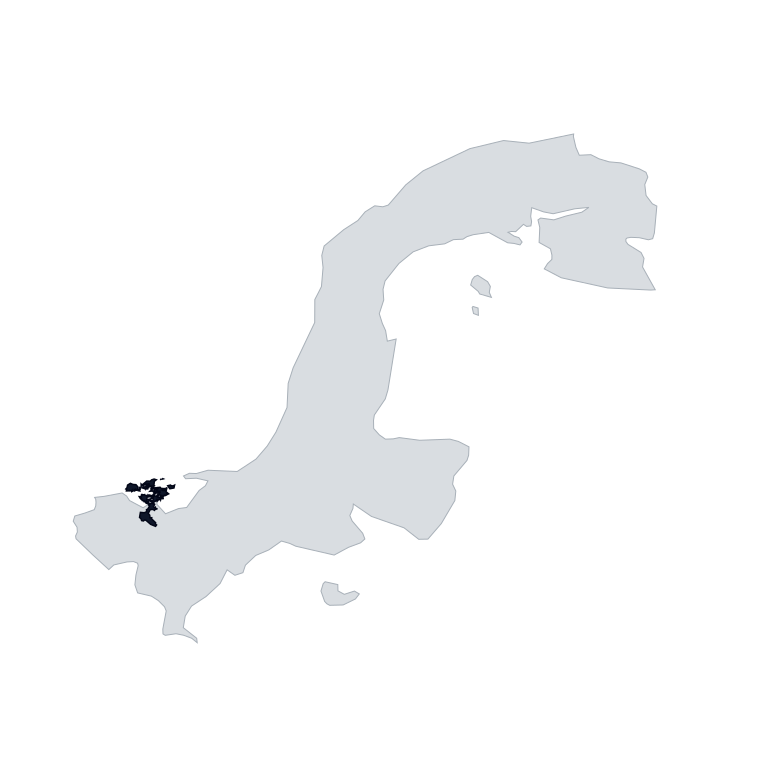 Bocas del Toro, Bocas del Toro, Panama shown in context, rotated 313°
{"feature_id": "35544464B73365109430870", "entity_name": "Bocas del Toro", "entity_type": "district", "adm_level": 2, "iso_a3": "PAN", "parent_name": "Panama", "parent_adm1": "Bocas del Toro", "projection": "orthographic", "projection_center": [-82.201, 9.231], "detail": "fine", "context": "in_parent", "style": "filled", "palette": "ink", "viewbox_px": 768, "rotation_deg": 313, "n_neighbors": 0, "source": "geoboundaries", "source_scale": "gbopen_adm2", "svg_char_len": 9156}
<svg xmlns="http://www.w3.org/2000/svg" viewBox="0 0 768 768"><g transform="rotate(313 384 384)"><path d="M696.2,352.2L694.1,353.8L687.9,363.0L684.5,370.8L692.8,378.9L695.3,387.6L700.0,397.1L707.3,406.5L715.5,424.1L717.5,431.2L715.3,435.8L707.7,438.7L700.6,447.1L698.8,457.3L700.2,462.2L678.9,478.7L673.5,481.4L669.8,479.0L665.1,470.9L659.6,464.5L656.6,462.2L654.9,462.1L653.2,463.7L652.5,467.2L655.5,482.3L653.2,488.5L645.9,493.3L637.9,518.1L634.6,515.0L606.8,482.1L582.6,441.2L577.5,422.7L583.6,421.5L589.6,421.8L592.8,418.9L596.4,413.5L593.3,400.9L604.7,391.2L609.0,384.7L612.2,385.4L619.9,396.3L630.9,402.5L644.5,411.5L652.9,413.4L642.2,404.0L623.9,391.6L618.7,383.3L613.7,371.8L606.7,376.9L603.4,381.2L599.8,383.6L596.5,380.8L595.9,377.1L585.2,376.4L582.4,373.1L579.5,371.2L580.9,378.4L583.0,382.8L582.0,388.2L578.5,388.6L575.4,383.1L571.6,378.1L566.3,357.2L554.0,347.4L548.4,344.2L543.8,343.0L536.9,336.3L527.9,332.8L515.6,322.5L500.6,315.2L482.3,312.7L460.1,314.5L452.6,318.7L447.6,324.0L445.3,326.5L432.2,332.6L427.2,341.4L424.1,348.8L417.6,357.2L425.2,362.2L382.4,390.9L374.0,395.1L354.7,398.1L350.3,401.1L344.4,406.8L343.6,415.3L344.6,422.6L350.2,428.2L355.2,431.7L367.2,448.5L388.6,469.8L392.7,477.5L396.0,489.0L389.6,494.5L384.7,496.8L364.4,497.8L357.5,502.5L354.7,509.5L347.1,515.3L321.0,521.1L300.5,521.9L294.1,515.3L292.5,496.8L278.6,465.2L275.3,443.4L271.9,446.1L264.5,448.7L262.1,454.1L260.3,470.2L257.6,475.7L251.9,475.2L240.3,469.4L224.9,464.2L205.2,430.1L203.1,423.7L199.2,416.1L184.1,412.9L171.1,407.1L157.0,406.2L149.8,409.5L142.4,405.4L141.1,396.0L126.3,400.2L107.3,398.8L90.3,394.7L78.7,396.9L68.9,403.4L70.3,420.4L67.4,423.8L66.9,416.8L63.6,408.8L59.5,402.2L51.0,395.4L50.5,392.8L53.9,389.4L69.5,379.5L71.4,375.4L71.7,366.7L70.2,358.5L63.2,346.3L67.2,338.8L75.2,332.8L83.5,328.1L84.9,326.0L83.3,321.9L78.6,317.4L67.4,309.8L60.6,309.3L60.4,287.5L60.8,264.3L62.5,262.1L66.6,260.7L69.9,257.2L71.7,250.3L76.6,247.9L85.5,253.2L94.5,257.8L98.3,256.3L101.1,254.0L103.1,251.8L103.7,249.7L110.9,255.9L125.7,266.8L126.5,272.2L125.2,277.4L129.2,292.2L136.9,294.3L144.6,291.5L146.5,294.2L145.1,296.9L141.1,300.0L140.1,312.7L152.8,318.7L159.1,323.9L180.1,321.4L187.8,322.8L193.1,321.3L187.2,311.1L179.4,303.5L180.0,300.1L186.0,302.6L190.5,307.8L200.9,314.1L219.9,336.3L241.8,341.6L259.0,340.9L275.1,337.8L300.7,329.1L319.1,313.5L333.9,306.5L381.7,291.4L398.6,275.8L405.8,273.8L412.6,271.8L427.6,260.0L435.6,250.8L444.1,246.1L469.4,249.3L485.8,253.4L497.1,252.8L508.0,255.7L512.8,262.3L517.8,265.1L544.5,264.1L566.5,267.2L614.7,286.3L643.6,305.4L659.1,325.9L696.2,352.2ZM213.6,509.1L207.3,509.7L194.5,504.8L185.1,495.2L184.3,492.1L184.5,488.9L189.6,479.1L196.5,475.7L199.2,475.8L205.8,487.0L201.3,491.4L203.1,498.4L212.4,503.6L213.6,509.1ZM522.8,398.5L520.6,403.5L515.1,392.6L516.0,389.8L515.5,379.9L520.6,377.3L524.3,377.0L527.4,378.4L529.5,390.0L527.9,395.2L522.8,398.5ZM141.3,272.3L140.1,277.7L131.3,268.0L136.5,266.4L138.4,266.6L141.3,272.3ZM503.7,401.0L498.6,406.2L496.6,401.4L500.1,396.3L501.4,396.2L503.7,401.0Z" fill="#d9dde1" stroke="#a8b0b8" stroke-width="1"/><path d="M135.0,294.0L134.8,295.8L131.4,296.5L130.1,296.0L128.8,297.5L126.4,296.5L124.0,293.4L119.7,296.2L119.7,298.3L118.8,299.9L119.8,301.5L121.2,301.6L122.0,302.8L122.2,309.0L124.1,314.0L125.8,313.8L125.6,312.4L126.8,311.6L126.9,305.9L127.8,305.3L126.6,304.1L128.3,302.1L128.5,299.8L132.8,298.7L134.6,300.5L135.1,302.3L135.7,302.0L138.4,303.4L137.2,302.4L138.0,300.8L137.1,300.7L136.9,299.9L137.1,299.0L139.0,298.5L138.9,296.8L141.3,296.2L143.4,297.2L144.7,296.6L144.9,298.0L145.7,297.7L146.8,299.4L147.1,299.0L146.9,299.5L148.6,298.3L148.0,297.4L148.5,296.9L147.7,297.2L147.5,296.0L146.9,295.9L147.4,294.3L148.4,293.6L147.2,294.1L147.1,293.6L147.1,294.6L146.6,294.7L145.9,292.6L144.6,292.5L145.4,291.1L144.4,290.9L144.8,291.9L144.2,291.5L144.0,292.3L144.0,291.6L143.6,291.8L143.2,290.9L143.8,290.1L143.6,289.7L143.5,290.4L141.9,291.3L141.8,292.3L142.8,293.4L141.9,294.4L140.8,294.5L140.0,293.6L140.0,291.5L139.3,291.1L139.7,293.1L139.5,293.3L139.1,292.6L138.8,292.7L139.6,294.8L138.4,295.6L137.4,294.8L136.1,294.9L135.9,293.9L136.5,294.1L136.8,292.9L134.8,290.2L134.6,291.6L135.9,293.1L135.0,294.0ZM138.4,266.3L135.2,265.4L132.9,266.8L131.1,266.8L131.3,267.8L130.1,268.5L132.1,270.5L132.6,269.9L132.4,270.9L133.6,271.8L133.3,272.6L134.5,272.3L133.9,273.1L135.2,273.6L135.6,274.4L136.6,273.3L137.1,274.1L136.3,274.6L137.1,274.4L136.8,274.8L138.2,276.1L138.0,274.7L139.2,276.5L138.4,277.1L139.2,278.3L139.7,277.2L140.5,277.6L140.8,277.1L138.9,275.6L140.8,274.3L141.2,271.2L139.2,268.8L138.4,266.3ZM153.0,289.5L151.8,289.6L151.8,290.9L150.9,291.4L152.0,292.5L151.7,293.1L152.8,293.2L152.0,294.3L150.9,293.5L150.5,294.8L150.5,294.2L149.9,294.2L150.7,297.5L149.6,297.6L150.6,298.7L150.5,299.2L151.8,298.6L153.2,300.1L154.4,300.6L155.2,300.0L155.2,300.8L156.8,301.4L156.6,297.9L157.8,297.3L157.2,297.0L157.7,296.4L157.9,296.9L158.7,296.1L158.4,295.4L156.7,295.9L156.9,295.2L155.6,295.4L155.2,294.8L156.4,294.5L155.0,294.5L154.9,293.7L156.3,294.2L156.9,293.7L155.6,292.1L155.8,290.7L154.6,289.7L153.6,290.2L153.0,289.5ZM146.2,276.1L145.2,275.4L145.2,274.6L143.5,276.3L144.2,276.2L145.0,277.4L147.3,277.1L147.2,277.8L147.8,277.5L147.3,277.8L148.0,277.7L150.8,280.5L150.1,281.0L148.6,280.4L148.3,280.6L149.4,281.7L149.5,282.1L150.0,281.9L150.1,283.7L151.0,283.8L149.7,286.4L151.1,287.7L152.3,287.7L151.3,286.8L151.3,285.8L152.7,285.3L152.8,284.3L153.8,284.2L156.2,282.4L158.7,282.8L157.7,280.7L155.4,279.4L153.5,279.4L151.2,276.7L146.2,276.1ZM135.5,282.8L134.7,281.8L134.1,283.8L134.1,285.1L134.7,285.3L133.9,286.6L134.4,287.6L135.9,287.9L134.6,288.1L134.3,288.8L136.1,290.1L135.4,290.4L135.9,291.0L137.5,291.8L138.9,291.6L139.1,290.8L138.3,289.5L137.4,289.3L139.3,288.0L140.7,288.4L140.5,287.4L141.1,286.9L140.3,286.7L140.2,285.3L140.2,286.1L138.1,282.2L137.3,282.3L137.2,283.3L136.0,282.9L135.4,283.9L134.9,283.6L135.5,282.8ZM164.5,296.8L162.1,295.2L161.3,298.8L164.7,301.3L167.2,299.8L165.6,299.2L164.5,297.8L164.5,296.8ZM143.1,278.0L144.0,279.8L144.9,279.9L144.3,280.0L144.3,280.8L144.8,280.2L145.3,281.0L145.8,280.4L145.6,281.1L146.8,281.3L146.9,280.9L148.5,281.9L148.2,280.9L147.6,280.8L147.8,280.1L143.1,278.0ZM150.1,298.3L149.2,298.5L149.1,299.4L148.1,299.2L149.9,301.1L149.6,300.1L150.5,299.6L150.1,298.3ZM140.9,277.1L141.8,276.8L142.0,275.3L140.9,277.1ZM141.3,287.2L140.6,287.4L141.0,289.0L141.7,288.6L140.9,287.8L141.3,287.2ZM153.8,289.0L153.0,289.3L153.5,290.0L154.2,289.7L153.8,289.0ZM151.5,293.0L151.2,292.1L151.0,292.6L150.2,292.8L151.5,293.0ZM158.8,295.7L158.8,296.2L159.8,296.2L159.7,295.8L158.8,295.7ZM148.1,285.6L146.9,286.3L146.2,286.2L147.1,287.0L146.9,286.4L147.5,286.7L147.1,286.3L147.8,286.4L148.1,285.6ZM144.6,290.7L143.6,290.8L143.6,291.6L144.6,290.7ZM142.7,288.3L142.4,289.2L143.3,289.2L142.7,288.3ZM150.9,288.4L149.9,288.2L149.7,288.7L150.9,288.4ZM145.7,281.2L145.8,281.8L146.4,282.2L146.9,281.9L145.7,281.2ZM148.8,294.2L148.3,294.6L149.4,295.2L149.4,294.8L148.8,294.2ZM164.1,287.3L163.9,286.7L163.3,286.7L163.4,286.9L164.1,287.3ZM147.2,290.6L146.2,290.5L145.9,290.9L146.7,291.1L147.2,290.6ZM142.1,288.9L141.8,288.3L141.8,288.9L142.1,288.9ZM144.4,298.0L144.1,297.4L143.7,298.0L144.4,298.0ZM148.7,291.3L148.7,290.8L148.2,291.4L148.7,291.3ZM149.3,282.1L149.0,281.3L148.8,281.1L149.3,282.1ZM142.0,287.8L141.5,287.5L141.2,287.9L141.5,288.1L142.0,287.8ZM150.1,290.3L149.7,289.8L149.8,290.5L150.1,290.3ZM151.4,290.8L151.1,290.3L151.0,290.9L151.4,290.8ZM146.2,282.2L145.6,281.7L146.1,282.4L146.2,282.2ZM142.9,290.1L142.8,289.4L142.6,289.5L142.9,290.1ZM162.2,285.8L161.3,285.5L162.2,285.9L162.2,285.8ZM145.6,282.6L145.4,282.2L145.0,282.1L145.6,282.6ZM149.3,292.4L149.6,292.0L149.3,292.0L149.3,292.4ZM148.7,281.4L148.4,281.2L148.7,281.7L148.7,281.4ZM157.4,294.9L157.6,294.7L157.4,294.6L157.4,294.9ZM148.8,288.5L148.2,288.6L148.6,288.7L148.8,288.5ZM150.0,297.1L150.1,296.7L149.6,296.9L150.0,297.1ZM156.6,294.9L156.9,294.8L156.8,294.5L156.6,294.9ZM150.8,291.1L150.4,290.9L150.8,291.3L150.8,291.1ZM149.5,286.1L149.0,286.3L149.6,286.3L149.5,286.1ZM147.5,291.1L148.1,291.0L147.9,290.7L147.5,291.1ZM148.3,289.3L147.8,289.0L147.8,289.4L148.3,289.3ZM139.6,297.8L139.6,297.6L139.2,297.6L139.6,297.8ZM149.6,279.4L149.0,279.2L149.4,279.8L149.6,279.4ZM149.5,285.3L149.1,285.2L149.1,285.4L149.5,285.3ZM140.5,291.5L140.2,291.3L140.3,291.6L140.5,291.5ZM150.0,284.9L149.9,284.7L149.6,284.9L150.0,284.9ZM152.4,288.3L152.2,288.1L152.0,288.3L152.4,288.3ZM153.0,285.4L153.0,285.1L152.8,285.3L153.0,285.4ZM148.9,286.2L148.7,285.9L148.7,286.4L148.9,286.2ZM142.3,289.3L142.0,289.2L142.1,289.4L142.3,289.3ZM147.6,282.3L147.6,282.0L147.4,282.2L147.1,282.2L147.6,282.3ZM147.4,285.5L147.7,285.5L147.4,285.5ZM152.5,299.3L152.1,299.4L152.4,299.5L152.5,299.3ZM149.1,279.0L148.8,278.8L148.5,279.0L149.1,279.0ZM146.6,282.5L146.8,282.3L146.4,282.3L146.6,282.5ZM148.6,295.1L148.7,294.8L148.4,295.0L148.6,295.1ZM149.6,289.5L149.3,289.5L149.6,289.6L149.6,289.5ZM147.3,290.6L147.5,290.9L147.4,290.5L147.3,290.6ZM142.4,287.7L142.3,287.8L142.4,287.7ZM148.2,282.8L148.3,283.1L148.2,282.8ZM139.6,284.5L139.8,284.3L139.5,284.1L139.6,284.5Z" fill="#0f172a" stroke="#020617" stroke-width="1.5"/></g></svg>